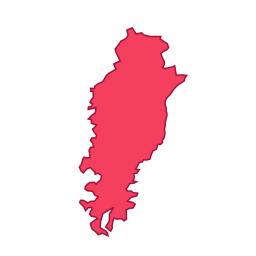 Salgado Filho, Paraná, Brazil, rotated 245°
{"feature_id": "56859067B54894241849206", "entity_name": "Salgado Filho", "entity_type": "district", "adm_level": 2, "iso_a3": "BRA", "parent_name": "Brazil", "parent_adm1": "Paraná", "projection": "natural_earth1", "projection_center": [-53.439, -26.139], "detail": "fine", "context": "isolated", "style": "filled", "palette": "rose", "viewbox_px": 256, "rotation_deg": 245, "n_neighbors": 0, "source": "geoboundaries", "source_scale": "gbopen_adm2", "svg_char_len": 2463}
<svg xmlns="http://www.w3.org/2000/svg" viewBox="0 0 256 256"><g transform="rotate(245 128 128)"><path d="M99.4,150.7L100.2,153.1L102.5,154.1L104.1,156.9L108.0,159.5L111.6,160.5L114.2,162.6L116.8,163.9L119.8,166.0L122.7,168.5L125.1,169.5L127.5,169.9L130.1,171.1L133.5,171.5L136.6,173.0L138.9,175.9L140.3,179.7L141.9,183.0L143.6,185.3L144.9,188.6L146.1,192.1L146.4,195.4L146.9,198.7L149.2,200.6L150.8,203.3L152.9,200.1L155.5,194.0L164.6,196.6L164.7,193.4L165.5,190.6L165.9,187.3L168.1,184.7L170.6,188.2L173.5,188.9L176.3,188.9L181.5,189.1L182.5,192.4L182.4,195.8L183.7,198.8L187.9,199.2L195.0,194.7L197.1,196.4L201.5,186.8L203.0,185.0L205.6,181.7L208.5,180.5L209.8,175.1L217.0,174.1L217.2,168.4L212.0,167.3L210.0,164.1L209.8,161.0L209.7,158.2L207.0,153.8L204.9,149.7L200.8,149.1L192.1,149.3L192.1,142.1L186.3,141.9L185.6,133.3L184.6,130.3L182.1,127.0L180.6,124.3L180.8,119.9L179.9,115.6L178.0,114.2L179.8,110.9L177.0,109.7L176.0,111.9L170.5,109.6L169.1,106.8L167.1,104.3L164.8,106.0L162.8,104.1L163.8,101.1L161.6,99.7L160.8,103.0L160.0,107.3L157.9,106.3L155.5,104.8L154.9,100.7L153.0,95.8L150.7,98.4L147.9,96.8L146.1,98.5L143.9,100.9L142.8,98.4L141.9,95.3L138.9,95.6L135.1,96.4L132.5,94.7L134.3,91.1L132.7,88.7L128.9,89.7L125.1,88.7L126.3,85.8L124.1,83.2L121.8,82.6L117.3,81.0L118.3,78.0L120.1,75.9L118.9,73.8L116.4,72.0L114.7,70.2L113.1,67.4L109.0,67.3L106.2,68.5L108.3,73.3L108.1,77.1L104.4,78.5L102.2,79.4L99.9,78.7L99.6,81.8L96.5,83.8L94.3,82.8L92.5,81.2L91.5,77.5L90.7,75.2L93.1,74.5L94.6,70.5L94.3,67.5L92.8,64.4L90.6,63.3L88.3,64.7L85.7,69.1L81.2,69.6L78.3,71.9L75.8,66.6L77.3,63.2L77.1,59.9L79.0,58.5L81.2,57.1L82.5,54.3L80.7,52.7L78.5,53.5L75.5,54.7L71.0,54.6L72.6,58.5L71.3,61.3L69.2,61.0L68.3,58.7L65.9,56.8L63.3,57.6L61.1,61.0L58.5,62.3L58.5,58.9L57.3,53.6L55.2,53.2L51.8,52.7L48.2,54.6L43.7,56.2L43.5,60.3L38.8,64.3L41.8,65.0L43.8,64.4L49.4,60.7L54.9,63.6L61.1,69.1L61.6,74.4L62.2,81.5L57.7,74.7L53.0,72.5L50.9,71.0L47.8,66.0L41.8,68.6L43.9,71.4L46.0,72.2L50.1,75.1L52.2,77.2L50.1,79.5L48.7,83.6L45.5,85.2L46.0,88.1L54.6,91.7L54.5,95.4L53.4,98.8L55.9,102.3L58.5,100.9L61.9,96.5L63.8,101.2L62.8,107.3L64.9,109.2L66.9,105.7L69.5,104.2L70.9,101.0L73.5,100.3L74.7,102.8L76.9,106.0L75.5,110.3L75.6,113.0L78.1,110.1L80.3,112.8L84.2,113.8L83.3,116.9L85.4,120.6L87.5,117.4L89.3,120.1L92.0,123.6L91.2,126.7L92.7,128.6L91.3,130.8L90.5,134.6L93.6,137.4L96.7,140.7L96.8,144.9L100.5,147.9L99.4,150.7Z" fill="#f43f5e" stroke="#9f1239" stroke-width="1.5"/></g></svg>